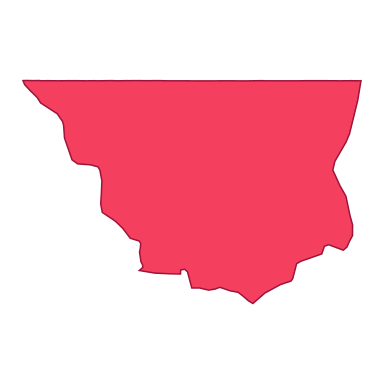 Nara, Koulikoro, Mali (Equal Earth projection)
{"feature_id": "8926073B7074311745372", "entity_name": "Nara", "entity_type": "district", "adm_level": 2, "iso_a3": "MLI", "parent_name": "Mali", "parent_adm1": "Koulikoro", "projection": "equal_earth", "projection_center": [-7.752, 14.805], "detail": "fine", "context": "isolated", "style": "filled", "palette": "rose", "viewbox_px": 384, "rotation_deg": 0, "n_neighbors": 0, "source": "geoboundaries", "source_scale": "gbopen_adm2", "svg_char_len": 1529}
<svg xmlns="http://www.w3.org/2000/svg" viewBox="0 0 384 384"><path d="M139.3,270.5L154.8,273.1L170.1,273.8L180.5,274.0L180.7,269.9L184.8,269.3L187.5,271.9L191.8,288.0L199.6,288.0L208.6,290.1L215.0,289.1L219.8,287.3L230.5,290.9L238.1,292.3L242.9,296.0L248.4,300.8L252.9,303.5L265.0,293.0L280.6,284.5L291.1,281.0L292.8,278.4L296.6,263.7L301.0,261.2L321.8,253.9L324.4,246.3L328.6,244.7L343.3,250.2L346.9,247.1L349.5,241.2L352.5,235.7L352.6,225.0L350.0,215.5L345.9,196.2L340.0,185.8L332.8,170.0L334.9,161.3L345.9,142.3L349.5,133.9L357.7,100.5L360.9,81.2L361.0,80.7L359.0,80.8L351.3,80.7L339.7,80.8L325.5,80.7L316.0,80.7L312.5,80.7L311.7,80.7L308.3,80.7L305.7,80.7L298.9,80.8L298.7,80.8L289.0,80.8L278.3,80.8L265.4,80.8L263.7,80.7L258.4,80.7L251.9,80.8L246.0,80.9L244.3,80.9L227.1,80.8L208.0,80.9L199.0,80.9L198.5,80.9L182.6,80.8L182.2,80.8L167.2,80.8L158.7,80.6L156.7,80.6L146.4,80.7L138.8,80.6L133.8,80.6L133.7,80.6L128.2,80.7L127.7,80.6L117.7,80.8L111.5,80.6L97.2,80.8L94.0,80.7L87.0,80.8L86.7,80.8L77.5,80.7L72.7,80.7L67.5,80.7L58.1,80.8L49.7,80.7L46.1,80.7L41.3,80.8L39.3,80.5L34.3,80.6L27.4,80.5L25.1,80.5L23.0,80.6L23.2,81.1L24.7,84.7L30.5,91.0L31.9,92.3L37.1,97.4L40.6,102.9L57.3,113.8L59.3,116.8L62.6,121.6L63.6,125.4L64.5,138.0L72.0,159.8L77.7,163.9L90.4,164.8L98.1,166.9L99.9,170.3L101.9,180.9L101.3,194.8L100.7,203.9L102.3,212.4L115.5,221.3L122.8,228.4L130.3,238.3L139.1,241.0L140.7,243.4L140.3,248.4L139.5,252.1L141.0,261.9L142.4,264.4L142.9,267.3L139.3,270.5Z" fill="#f43f5e" stroke="#9f1239" stroke-width="1.5"/></svg>